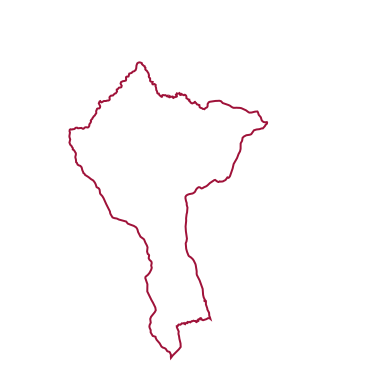 outline of Gramalote, Norte de Santander, Colombia, rotated 154°
{"feature_id": "7082276B79759351892692", "entity_name": "Gramalote", "entity_type": "district", "adm_level": 2, "iso_a3": "COL", "parent_name": "Colombia", "parent_adm1": "Norte de Santander", "projection": "robinson", "projection_center": [-72.809, 7.922], "detail": "fine", "context": "isolated", "style": "outline", "palette": "rose", "viewbox_px": 384, "rotation_deg": 154, "n_neighbors": 0, "source": "geoboundaries", "source_scale": "gbopen_adm2", "svg_char_len": 6043}
<svg xmlns="http://www.w3.org/2000/svg" viewBox="0 0 384 384"><g transform="rotate(154 192 192)"><path d="M100.5,218.1L97.7,219.2L96.4,220.1L95.1,220.4L94.5,220.8L94.1,221.7L93.3,221.9L94.9,222.2L96.5,223.1L97.1,223.7L97.8,225.2L97.9,226.1L97.4,229.0L98.2,232.2L97.8,234.6L97.9,235.7L100.1,236.6L103.6,237.3L105.6,238.2L106.2,238.9L107.7,241.8L110.9,245.7L112.1,246.6L115.0,248.2L117.5,249.3L118.5,250.2L119.4,251.6L119.9,252.7L121.0,254.1L125.4,258.5L126.1,260.8L127.2,261.9L131.1,263.6L136.5,265.3L137.7,265.3L139.4,264.2L140.3,262.4L140.9,261.8L141.6,261.5L143.1,261.5L144.5,261.0L144.8,261.4L145.7,261.8L146.5,263.1L147.3,263.8L147.9,264.8L147.3,266.9L148.0,267.2L148.4,268.1L149.2,268.7L149.3,270.1L149.7,270.8L149.8,271.7L150.1,271.8L151.0,271.2L151.8,271.5L152.7,271.4L153.5,272.0L154.1,273.2L154.0,274.2L154.6,275.0L154.6,275.4L154.0,276.2L155.0,277.0L155.1,277.6L155.9,278.7L155.2,280.3L155.1,281.3L155.6,282.3L155.9,282.6L156.7,282.5L157.2,282.8L158.6,284.8L159.1,284.1L159.7,284.2L160.2,284.7L160.1,286.3L160.6,286.2L161.2,286.6L161.9,286.6L162.4,287.2L163.0,286.6L163.8,286.6L163.9,286.4L163.5,285.6L163.5,284.8L163.8,284.5L164.2,284.4L165.0,284.7L165.9,284.7L166.5,285.1L167.4,284.7L167.8,285.2L167.6,285.8L167.6,286.3L169.4,286.8L169.9,287.8L170.7,287.0L170.9,287.1L171.2,288.0L171.7,288.3L171.6,289.1L172.4,288.9L172.7,289.1L173.0,290.1L173.6,290.8L174.4,291.0L175.3,291.7L176.1,292.0L176.6,291.8L177.1,290.8L177.5,290.8L177.9,291.3L178.8,293.4L178.7,295.0L179.5,295.4L179.8,296.0L179.3,297.9L179.4,299.3L178.6,301.5L178.4,303.2L177.7,304.0L177.7,304.3L178.4,305.5L179.6,305.7L180.2,306.1L180.2,306.9L179.1,308.1L180.6,309.3L180.9,309.8L180.8,310.6L179.9,312.3L179.9,312.9L180.3,313.6L180.3,314.2L180.1,315.0L179.5,315.7L179.1,317.8L179.5,320.9L180.0,321.7L180.2,322.6L180.1,323.1L179.4,323.9L179.7,325.0L179.4,325.7L180.0,326.5L180.9,328.7L180.9,329.2L180.6,329.7L181.3,330.7L182.3,331.5L183.5,331.8L184.8,331.6L186.4,330.1L188.0,327.5L189.4,326.2L190.1,326.2L190.8,325.9L192.7,326.1L194.1,325.5L196.5,325.9L198.4,323.7L199.1,323.8L200.0,324.3L201.0,324.1L202.0,321.8L202.6,321.2L204.0,321.4L205.6,321.9L207.5,321.9L208.6,320.9L208.7,320.1L208.6,318.3L209.6,317.2L210.1,317.2L212.0,317.8L213.7,317.0L214.7,317.1L215.0,316.7L215.3,315.2L217.2,314.1L218.4,314.3L220.9,313.4L222.4,314.1L224.1,313.7L224.7,313.2L225.3,311.4L225.9,310.9L226.8,310.8L228.4,311.4L229.4,311.5L231.2,312.4L234.0,312.2L234.4,312.6L234.6,313.9L235.3,313.9L236.9,312.6L236.9,309.4L237.6,308.3L238.6,307.8L240.1,308.4L240.8,308.4L242.7,306.7L243.3,305.2L243.7,304.6L244.6,304.3L245.8,303.4L247.2,303.1L248.0,302.5L248.7,302.3L249.5,301.5L250.8,301.1L251.7,300.5L251.8,299.7L252.6,298.9L254.6,297.8L255.3,296.5L256.7,295.6L257.5,295.7L258.7,296.6L259.5,296.9L260.3,296.9L261.7,296.4L262.4,296.7L263.4,298.1L266.4,299.2L266.8,299.5L267.1,300.2L268.1,300.6L268.6,300.7L269.8,300.2L270.7,300.3L271.6,300.7L272.6,300.8L273.6,301.6L274.5,301.6L275.4,300.4L275.7,298.8L277.7,296.0L278.1,294.9L278.4,292.7L280.5,290.1L280.7,287.9L280.1,286.1L280.1,284.8L279.9,284.1L280.1,283.1L280.5,282.5L279.7,281.2L279.4,277.8L280.1,276.3L281.2,275.1L281.7,274.2L282.1,272.1L283.1,269.5L282.7,268.7L282.8,266.7L282.0,265.5L280.9,264.4L280.4,262.6L281.1,259.2L281.0,258.2L281.3,256.7L280.7,255.7L280.6,254.2L278.5,250.8L277.2,248.0L275.7,245.6L275.2,243.1L275.2,241.1L275.6,238.3L275.5,238.0L274.5,236.7L274.1,235.8L274.1,234.4L275.2,231.2L275.2,230.3L274.4,227.6L274.2,225.1L274.4,218.7L274.3,210.5L274.8,208.9L274.9,207.7L274.6,204.0L273.3,202.6L271.2,201.1L269.7,199.2L264.1,194.3L263.6,191.8L262.3,190.3L259.2,187.1L257.8,184.9L257.5,183.5L257.5,182.1L258.0,179.6L257.9,174.4L256.0,170.8L255.9,170.0L256.1,166.9L256.0,163.7L256.2,161.8L258.5,158.1L258.9,155.7L258.3,154.7L258.4,153.7L259.9,151.6L260.0,151.1L259.9,149.6L259.1,147.5L259.1,146.6L259.5,145.6L260.9,143.8L261.4,141.5L262.7,140.1L265.5,138.0L267.9,136.9L270.4,136.3L271.1,136.0L271.7,135.1L272.5,128.7L275.8,122.2L275.8,112.6L275.6,109.6L275.6,104.3L276.4,101.6L278.0,100.4L283.5,97.8L285.2,96.2L286.4,92.6L288.3,91.1L289.2,89.9L289.6,88.6L289.7,86.0L290.7,83.9L290.4,79.9L288.3,77.9L288.3,77.5L288.6,76.7L288.6,74.7L287.4,70.2L287.2,66.5L286.5,65.1L285.3,63.9L284.6,63.0L284.3,62.2L284.1,60.1L283.7,59.4L282.5,58.3L282.2,57.7L282.3,54.9L283.2,53.3L283.6,52.2L280.8,53.6L272.9,56.3L270.1,57.7L268.7,60.9L267.7,65.5L266.8,68.3L266.4,70.4L265.1,72.5L264.9,77.1L264.5,78.1L263.5,77.8L262.6,78.6L262.0,78.7L260.8,77.9L260.4,77.8L258.7,78.4L257.6,77.7L256.6,77.7L256.5,76.7L256.1,76.2L255.0,76.9L254.5,76.9L253.7,76.3L253.2,77.0L252.7,77.1L251.9,76.3L250.9,76.2L250.6,75.6L248.9,76.0L248.4,75.7L247.1,75.7L246.4,75.0L245.5,74.6L245.3,73.5L245.0,73.1L244.5,73.2L244.1,73.8L243.7,74.1L243.4,73.9L243.2,73.3L242.9,73.3L242.6,74.5L242.3,74.7L241.7,74.7L240.8,74.1L240.2,74.9L239.7,74.9L239.3,74.7L239.1,74.2L239.1,73.1L238.9,72.5L238.2,71.9L234.7,71.4L233.2,71.6L231.6,71.0L231.1,69.9L230.8,71.6L230.8,73.0L229.6,76.0L229.7,79.7L229.3,80.7L228.8,84.8L227.3,87.9L227.5,88.6L228.3,88.2L228.6,88.4L228.6,88.7L227.7,89.9L227.7,92.1L227.1,94.7L224.9,100.2L223.9,109.2L224.0,115.2L223.7,116.4L222.5,118.8L220.7,124.7L220.5,125.9L220.5,129.7L220.8,131.5L221.7,133.8L222.8,135.6L223.0,136.4L222.7,140.3L222.1,143.5L220.2,148.5L219.6,149.2L218.7,149.9L217.0,152.3L214.7,159.4L212.9,163.8L209.9,168.6L208.8,171.0L206.6,174.4L205.4,175.8L202.9,180.0L202.4,182.7L201.6,184.4L201.3,186.6L200.6,189.3L199.9,190.6L198.7,191.3L197.3,191.5L195.4,191.3L192.1,190.4L190.6,190.5L189.2,190.9L187.1,192.5L185.4,193.2L184.0,193.4L182.9,192.8L182.0,191.1L180.8,190.8L179.6,191.0L176.6,190.9L175.1,191.2L172.0,192.2L166.8,192.9L165.9,192.7L164.9,190.7L164.0,189.5L163.6,189.3L162.4,189.4L161.8,188.8L159.7,188.0L156.6,188.1L153.8,189.6L153.2,188.8L152.3,188.8L150.8,189.7L145.2,195.3L142.3,198.9L136.7,202.7L133.4,205.8L131.0,207.5L129.4,209.5L127.0,214.3L124.5,216.1L122.8,218.5L121.1,219.1L118.3,219.2L114.9,218.1L113.4,218.0L109.3,220.3L106.6,219.9L103.8,218.9L101.5,218.6L100.5,218.1Z" fill="none" stroke="#9f1239" stroke-width="2"/></g></svg>